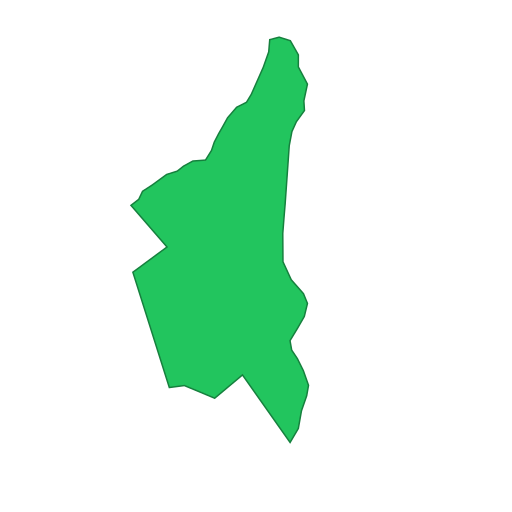 the district of Bernardino Batista, Paraíba, Brazil, rotated 148°
{"feature_id": "56859067B48691162320269", "entity_name": "Bernardino Batista", "entity_type": "district", "adm_level": 2, "iso_a3": "BRA", "parent_name": "Brazil", "parent_adm1": "Paraíba", "projection": "natural_earth1", "projection_center": [-38.57, -6.476], "detail": "fine", "context": "isolated", "style": "filled", "palette": "green", "viewbox_px": 512, "rotation_deg": 148, "n_neighbors": 0, "source": "geoboundaries", "source_scale": "gbopen_adm2", "svg_char_len": 829}
<svg xmlns="http://www.w3.org/2000/svg" viewBox="0 0 512 512"><g transform="rotate(148 256 256)"><path d="M120.4,429.3L129.7,432.2L137.0,422.4L149.8,412.2L174.3,395.6L182.6,391.4L193.6,392.4L206.8,388.3L215.8,383.3L222.9,379.5L231.0,374.7L237.8,369.1L248.0,364.1L259.2,370.0L269.8,370.6L277.8,369.7L288.6,372.5L306.3,371.2L317.9,371.0L325.4,366.2L335.2,365.2L326.7,310.8L369.0,307.5L399.2,190.4L385.4,184.1L366.4,157.3L330.5,162.3L325.9,79.8L311.5,87.3L299.5,100.6L287.1,110.6L280.0,118.5L276.6,133.7L275.3,147.0L275.6,157.3L272.0,166.2L259.1,172.7L247.1,179.1L237.5,188.5L235.7,198.9L238.7,217.2L236.2,236.8L221.3,261.0L211.1,274.8L203.7,284.7L169.3,332.0L159.6,342.5L150.6,348.5L137.8,353.7L133.2,362.2L121.3,374.5L119.9,393.9L113.5,404.1L112.8,420.4L120.4,429.3Z" fill="#22c55e" stroke="#15803d" stroke-width="1.5"/></g></svg>